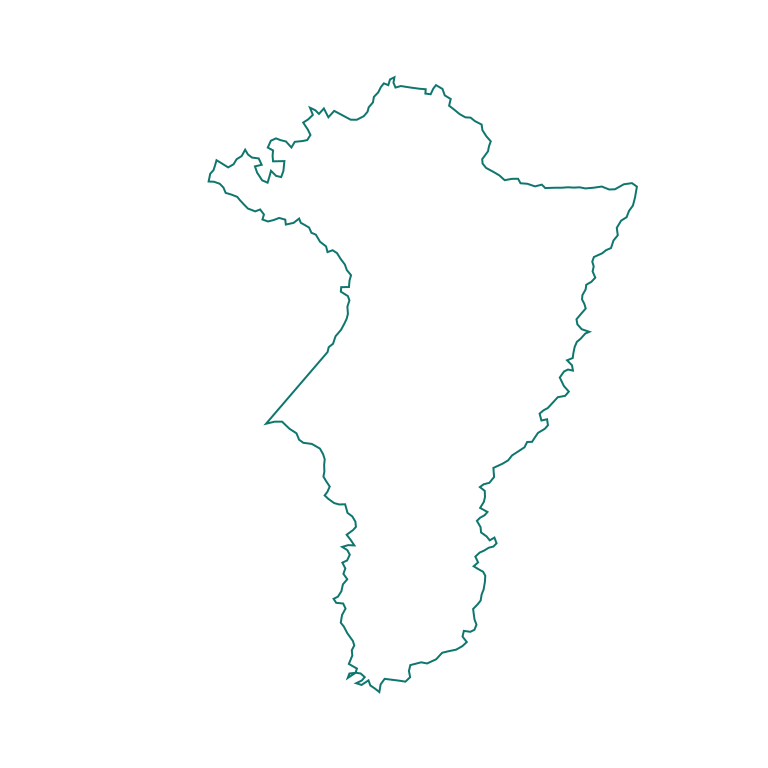 Curiúva, Paraná, Brazil (Albers equal-area conic projection), rotated 281°
{"feature_id": "56859067B60158173391359", "entity_name": "Curiúva", "entity_type": "district", "adm_level": 2, "iso_a3": "BRA", "parent_name": "Brazil", "parent_adm1": "Paraná", "projection": "albers", "projection_center": [-50.47, -23.991], "detail": "fine", "context": "isolated", "style": "outline", "palette": "teal", "viewbox_px": 768, "rotation_deg": 281, "n_neighbors": 0, "source": "geoboundaries", "source_scale": "gbopen_adm2", "svg_char_len": 4358}
<svg xmlns="http://www.w3.org/2000/svg" viewBox="0 0 768 768"><g transform="rotate(281 384 384)"><path d="M95.1,411.2L95.4,416.3L92.6,421.0L88.7,418.8L85.0,413.8L84.3,419.4L90.1,425.3L85.5,428.1L83.2,433.4L80.7,438.2L88.5,438.0L94.7,440.9L95.1,447.0L95.7,455.7L95.9,461.8L101.2,465.6L107.1,463.2L113.1,463.5L117.9,473.6L117.9,479.6L123.7,487.7L131.3,492.4L133.8,497.9L137.0,505.5L141.7,511.0L146.5,514.5L151.0,509.3L156.9,509.5L157.2,516.0L160.0,519.7L165.4,520.7L170.1,517.8L174.7,516.2L180.2,514.4L185.5,517.9L189.9,520.2L196.0,520.0L201.3,521.0L209.1,520.8L215.1,520.0L218.6,517.1L220.3,511.8L222.2,506.8L226.8,510.4L232.0,506.6L236.8,510.1L239.6,514.1L243.3,518.1L245.3,522.4L249.1,524.9L254.3,521.7L250.7,517.6L253.9,513.9L256.8,507.6L261.9,506.1L267.4,501.3L271.0,503.8L274.4,507.8L278.1,510.0L280.7,502.0L287.3,504.5L292.4,504.7L298.3,503.3L301.1,497.8L304.6,501.0L307.1,506.3L313.7,509.8L322.5,507.4L328.4,515.6L332.7,520.4L338.3,523.3L348.7,534.0L354.4,535.6L355.5,540.4L359.4,541.9L365.4,544.5L370.8,550.5L374.8,552.8L380.5,550.8L378.2,545.5L384.6,542.4L388.5,545.5L391.6,549.3L399.1,554.0L404.2,557.1L406.9,564.0L411.8,566.9L416.3,561.0L423.9,555.3L430.6,558.3L433.3,561.8L433.2,566.9L438.2,565.0L442.2,559.2L445.5,564.3L450.5,564.0L456.8,564.1L462.2,565.3L466.0,568.4L471.9,571.9L474.4,575.6L475.5,567.6L479.5,562.4L484.3,560.6L490.9,564.3L496.6,567.6L501.0,565.3L504.7,562.3L509.0,561.8L515.4,563.9L520.0,563.6L523.9,568.1L528.7,571.1L534.3,567.3L539.5,567.4L543.8,565.1L548.7,565.8L553.9,573.2L557.7,576.4L560.8,580.9L568.7,581.9L574.6,585.1L581.7,582.7L589.6,585.6L594.0,590.3L600.7,591.5L606.7,594.3L614.8,594.8L626.0,594.6L628.5,589.1L625.8,581.3L619.2,573.5L617.9,567.9L619.4,560.1L616.6,552.1L614.4,544.3L614.4,538.5L613.0,532.8L612.2,527.0L610.5,520.7L608.9,512.6L607.1,504.9L609.8,500.9L606.8,494.5L607.9,486.5L607.1,479.7L611.0,476.5L609.8,470.4L607.1,463.6L610.8,457.4L612.9,451.5L615.6,443.0L619.2,438.7L623.4,437.5L632.3,441.7L637.5,441.7L642.6,442.5L646.6,437.3L651.9,432.2L657.3,430.3L659.4,423.1L662.0,418.2L661.3,413.0L663.3,406.9L666.6,400.8L669.6,394.8L676.5,395.1L678.9,388.6L684.8,385.1L687.3,378.0L683.3,376.0L677.3,374.5L677.0,369.2L681.3,368.7L680.6,362.5L680.1,354.1L679.7,343.7L677.2,338.7L681.6,335.8L687.1,335.7L684.1,331.8L678.2,331.2L679.1,326.5L674.9,324.3L669.2,322.7L663.9,319.3L658.3,319.4L652.7,316.2L648.1,315.9L643.1,313.1L638.2,306.9L637.1,300.8L639.6,292.7L642.6,283.0L635.2,278.5L643.0,272.4L636.7,268.6L639.6,264.4L641.1,258.6L634.6,262.8L629.3,259.1L625.2,254.8L619.4,260.5L614.4,264.3L608.8,262.1L607.0,257.8L604.7,250.2L598.5,248.0L603.4,241.4L603.6,236.1L604.5,231.1L601.2,226.5L593.9,224.8L592.1,230.5L586.8,231.1L581.4,232.6L583.8,243.7L573.9,244.6L567.5,243.6L567.7,238.4L571.7,232.4L565.2,231.9L559.4,231.3L560.7,225.5L567.3,219.1L573.0,215.8L575.8,222.1L581.5,218.0L581.1,211.2L583.3,206.7L587.5,203.0L580.6,200.8L576.5,196.4L571.0,194.4L566.9,189.7L570.1,181.3L571.7,176.9L566.0,176.4L561.3,175.8L557.2,173.3L549.3,173.2L550.1,178.6L549.2,184.6L546.2,188.9L541.4,192.1L540.8,198.2L539.7,204.2L536.8,207.7L533.9,211.7L530.3,216.8L528.9,224.7L531.7,229.1L527.5,233.8L522.3,233.3L521.4,239.1L523.9,244.4L527.0,249.4L526.5,255.7L521.8,257.2L524.9,264.5L530.2,269.1L526.4,271.5L524.9,276.0L523.3,280.6L518.6,283.9L517.6,288.6L511.4,294.1L508.0,300.9L502.7,303.4L505.5,308.0L503.6,312.8L498.6,317.5L493.8,322.8L488.7,325.8L484.5,330.9L479.0,330.4L472.5,331.1L470.9,323.5L466.4,324.0L463.4,331.8L459.5,334.1L452.9,333.3L446.0,335.2L440.9,334.9L435.8,333.6L429.0,331.5L421.6,327.3L413.8,326.3L409.6,322.7L404.6,322.5L322.5,275.8L326.2,283.9L327.6,291.1L322.1,299.6L318.9,307.5L313.1,311.3L310.9,316.0L311.4,324.6L308.4,333.4L303.5,337.6L298.7,340.2L293.0,340.7L286.6,342.2L281.5,342.2L277.1,346.2L273.0,350.3L267.3,349.0L263.3,347.0L260.5,351.5L257.6,357.8L257.2,363.0L258.5,368.8L250.5,372.8L248.0,378.1L243.4,382.2L238.4,383.7L234.6,381.4L228.9,376.1L224.6,381.0L219.9,385.7L219.0,379.6L216.1,374.0L214.0,379.6L209.9,383.0L203.7,381.4L200.7,377.2L195.6,381.2L189.9,380.4L185.3,385.2L179.5,381.9L172.4,381.7L166.4,379.3L163.5,375.5L160.1,378.8L160.7,385.8L156.2,389.1L149.3,386.9L141.4,387.1L138.3,390.8L132.3,395.6L125.8,402.5L121.7,404.7L116.5,403.2L111.4,404.7L102.5,402.9L99.5,411.7L95.1,411.2ZM95.1,411.2L93.2,405.3L88.5,404.5L95.1,411.2Z" fill="none" stroke="#0f766e" stroke-width="2"/></g></svg>